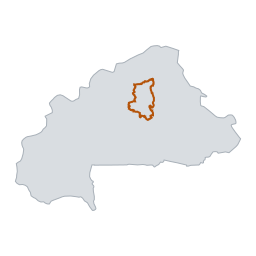 Sanmatenga, Sanmatenga, Burkina Faso shown in context
{"feature_id": "67063806B54692073140068", "entity_name": "Sanmatenga", "entity_type": "district", "adm_level": 2, "iso_a3": "BFA", "parent_name": "Burkina Faso", "parent_adm1": "Sanmatenga", "projection": "mercator", "projection_center": [-1.024, 13.246], "detail": "fine", "context": "in_parent", "style": "outline", "palette": "amber", "viewbox_px": 256, "rotation_deg": 0, "n_neighbors": 0, "source": "geoboundaries", "source_scale": "gbopen_adm2", "svg_char_len": 7542}
<svg xmlns="http://www.w3.org/2000/svg" viewBox="0 0 256 256"><path d="M198.3,165.0L190.9,165.3L188.3,166.1L186.6,166.1L186.6,165.4L186.4,165.0L177.2,162.8L170.7,161.5L164.1,160.0L163.7,161.4L162.8,162.3L161.4,162.3L160.4,162.1L159.7,163.2L158.6,164.6L157.1,165.3L155.6,166.2L154.8,166.9L154.2,166.9L152.6,165.1L150.7,165.0L146.9,165.3L145.2,164.8L142.9,164.5L137.5,164.9L128.9,164.2L127.5,164.6L127.1,164.9L118.5,165.0L109.1,165.1L101.2,165.1L94.3,165.2L94.3,164.9L92.0,164.9L91.8,165.5L89.8,172.7L89.6,176.6L90.7,179.1L91.8,180.6L93.2,181.3L93.3,182.1L92.2,183.3L92.3,184.4L93.6,185.6L93.9,186.9L93.2,188.2L93.4,191.4L94.3,196.4L94.3,199.6L93.5,201.1L93.9,203.7L95.6,207.2L95.9,208.8L95.3,209.5L93.9,210.4L92.4,210.4L90.8,208.2L90.0,207.2L88.7,205.0L87.5,202.8L86.0,201.8L84.5,200.9L82.6,198.1L80.8,196.8L79.0,197.2L76.2,196.7L70.7,196.0L64.7,196.2L62.2,196.8L59.8,197.8L53.6,200.1L51.1,201.2L49.3,204.0L47.2,203.9L45.1,203.0L43.7,201.8L40.9,202.0L38.2,200.8L35.5,198.4L33.6,197.6L31.1,195.8L30.4,192.4L28.9,190.1L27.4,186.8L25.3,185.3L22.8,184.5L19.4,184.7L17.1,183.4L15.4,181.4L15.8,179.8L16.6,177.4L16.7,175.1L17.3,171.4L16.9,166.8L16.3,163.6L18.2,162.2L20.4,161.0L21.7,158.8L23.1,153.9L23.7,149.6L23.3,148.1L22.6,146.8L22.0,145.0L21.7,142.7L22.1,140.8L23.7,139.0L25.8,137.4L27.3,136.7L31.1,136.0L36.0,134.8L38.8,133.5L40.9,132.3L42.0,131.2L43.2,129.2L45.1,127.6L46.5,125.9L46.7,121.4L46.7,118.8L45.6,117.4L45.1,116.2L52.3,112.6L52.3,110.1L51.3,107.3L49.9,105.1L49.4,103.1L51.4,100.8L53.2,99.1L54.4,97.6L57.3,95.4L60.2,94.8L62.9,95.7L70.8,100.9L72.2,101.3L73.8,100.9L75.9,99.5L78.6,98.4L79.6,94.9L79.5,89.7L80.1,87.3L81.6,86.9L86.1,87.9L87.3,88.0L88.6,87.6L89.6,86.7L89.5,85.0L89.3,83.6L90.8,78.8L93.5,75.2L99.0,70.6L100.7,69.7L102.7,69.3L112.5,72.4L114.1,71.6L116.4,63.9L119.1,63.2L122.3,63.0L124.4,62.4L125.4,61.8L130.1,58.9L138.3,54.9L142.7,53.2L143.6,52.6L146.8,49.8L151.0,46.5L153.6,45.9L157.3,45.6L159.7,46.2L160.3,47.1L161.1,47.5L165.9,46.2L172.8,48.4L178.8,50.5L178.4,51.9L178.4,54.3L177.9,58.1L177.3,62.7L179.8,65.7L182.7,68.9L183.5,70.1L182.7,73.2L183.3,75.1L184.8,78.1L187.5,82.0L190.2,86.0L192.1,86.5L193.9,86.9L195.0,87.6L196.6,88.3L198.2,88.7L199.6,89.6L200.5,90.5L201.6,92.9L204.7,94.5L206.8,96.1L206.0,97.0L203.3,96.6L200.8,95.9L200.4,97.1L200.3,101.6L200.7,105.4L201.3,105.9L203.8,106.6L209.9,111.4L215.3,116.0L217.2,117.2L220.2,117.7L223.6,117.9L225.0,117.5L228.3,115.1L230.1,114.9L231.7,115.0L232.5,115.3L234.1,117.2L235.6,120.1L236.0,122.2L235.9,123.3L235.4,123.7L232.7,124.3L231.5,124.7L231.2,125.3L231.6,126.7L232.2,127.7L235.1,131.8L239.3,137.3L240.6,138.8L239.9,140.4L237.7,144.7L236.1,146.5L229.0,152.7L225.5,151.9L218.2,153.2L217.1,151.8L215.4,151.6L213.2,151.8L212.5,152.4L212.2,153.0L211.5,153.8L210.1,156.2L209.1,156.9L207.8,157.2L206.2,157.2L205.2,157.5L205.2,158.7L204.9,159.8L203.9,160.3L203.4,161.4L203.5,162.6L202.9,163.1L201.5,162.8L200.7,162.5L199.9,164.0L198.9,165.0L198.3,165.0Z" fill="#d9dde1" stroke="#a8b0b8" stroke-width="1"/><path d="M153.0,115.3L153.0,114.8L152.9,113.8L153.0,113.6L152.9,113.1L152.9,112.7L152.8,112.4L152.7,112.1L152.4,111.7L152.0,111.3L152.1,111.0L152.0,110.9L151.9,110.7L152.0,110.5L151.9,110.5L151.6,110.5L151.4,110.5L151.1,110.4L150.8,110.0L150.7,109.9L150.7,109.5L150.3,109.0L150.1,108.3L149.5,107.3L149.5,107.0L149.4,106.4L149.4,106.2L150.2,105.6L150.4,105.6L150.5,105.7L151.2,106.5L151.5,107.0L151.8,107.4L152.1,107.5L152.3,107.5L152.6,107.4L152.9,107.0L153.1,106.7L153.3,106.4L153.5,106.0L153.7,105.4L153.7,105.1L153.5,104.4L153.0,103.5L152.9,102.9L152.9,102.6L153.1,102.1L153.3,101.7L153.8,100.9L153.9,100.7L153.9,98.9L153.9,97.8L153.9,97.6L153.5,96.9L153.4,96.8L153.2,96.1L153.2,95.8L152.8,94.7L152.5,93.9L152.6,93.5L152.5,93.1L152.0,93.1L151.9,93.0L151.7,93.0L151.6,92.8L151.6,92.5L151.6,92.2L151.6,91.8L150.8,90.0L150.8,89.9L150.9,89.5L150.9,89.3L150.6,88.7L150.5,88.1L150.6,87.9L150.8,87.6L150.8,87.4L150.6,87.0L150.6,86.9L150.7,86.6L151.0,86.4L151.3,86.3L151.5,86.1L151.7,85.8L151.9,85.8L152.0,85.7L152.3,85.4L152.7,85.4L152.8,85.4L153.0,85.5L153.1,85.2L153.1,84.9L153.3,84.4L153.5,84.0L153.6,83.9L153.3,83.4L153.4,83.2L153.5,82.7L153.6,82.4L153.6,82.1L153.4,81.8L153.3,81.3L153.1,81.1L153.1,80.8L153.1,80.7L152.9,80.5L153.0,80.1L153.1,79.7L153.0,79.4L152.9,78.9L152.7,78.8L152.4,79.1L152.2,79.1L151.9,79.0L151.7,79.0L151.4,79.0L151.2,79.2L151.1,79.4L151.0,79.8L150.8,79.8L150.7,79.6L150.2,79.5L150.0,79.8L149.8,80.0L149.7,80.0L149.4,80.1L149.2,80.1L148.8,80.4L148.7,80.5L148.6,80.8L148.5,81.0L148.3,81.0L148.2,81.2L147.9,81.2L147.6,81.2L147.5,81.3L147.4,81.3L147.2,81.4L146.7,81.6L146.2,81.5L145.8,81.3L145.4,81.2L144.8,81.2L144.7,81.3L144.6,81.6L144.5,82.2L144.3,82.3L144.2,82.4L143.9,82.3L143.5,82.4L143.2,82.3L142.9,82.5L142.4,82.8L142.3,83.0L141.9,83.7L141.6,84.0L141.3,84.1L141.1,84.1L140.9,83.8L140.8,83.7L140.7,83.7L140.4,83.8L140.2,84.0L139.8,84.1L139.1,84.2L138.8,84.1L138.4,84.1L138.1,84.1L137.7,84.3L137.2,84.2L136.0,84.5L135.4,84.7L135.1,84.6L134.2,84.4L134.2,84.6L134.2,84.9L134.2,85.1L134.4,85.2L134.9,85.9L135.3,86.3L135.5,86.7L135.5,86.8L135.1,87.3L135.2,87.5L135.2,87.8L134.6,88.3L134.4,88.5L134.3,89.0L134.1,89.6L133.6,90.2L133.7,90.4L134.2,91.2L134.3,91.6L134.6,92.0L134.4,92.3L133.7,92.4L133.6,92.5L133.0,93.0L132.9,93.1L132.9,93.3L133.1,93.7L133.2,94.1L133.6,94.6L133.8,94.8L134.1,94.9L134.1,95.0L134.3,95.1L134.6,95.3L134.6,95.6L134.7,95.8L134.9,96.2L134.9,96.4L134.9,96.5L135.0,96.6L135.1,96.8L135.4,96.9L135.7,97.3L135.7,97.5L135.2,97.8L135.2,98.0L135.1,98.3L134.7,98.7L134.7,98.8L134.7,99.1L134.5,99.3L134.4,99.5L134.7,100.0L134.8,100.6L135.0,101.1L135.1,101.4L134.6,101.4L134.4,101.2L134.1,101.1L133.6,101.1L133.0,101.4L132.5,101.8L132.3,101.9L131.8,101.9L131.6,101.9L130.8,102.2L130.3,102.3L130.1,102.4L129.9,102.4L129.7,102.5L129.4,102.7L129.2,102.7L128.9,102.8L128.9,103.0L128.9,103.3L129.0,103.5L128.8,103.8L128.6,104.1L128.5,105.0L128.9,105.3L129.4,105.5L129.6,105.8L129.7,106.3L129.7,106.6L129.5,106.8L129.4,106.9L129.3,106.7L129.2,106.6L129.1,106.8L129.0,106.7L128.6,106.7L128.5,106.8L128.5,107.2L128.9,107.7L129.0,107.8L129.0,108.1L129.0,108.5L128.9,108.8L129.1,108.9L130.0,109.1L130.3,109.5L130.4,109.8L130.5,110.0L131.0,110.0L131.8,109.9L131.9,110.0L132.1,110.3L132.6,110.0L132.7,109.9L132.8,109.9L133.0,109.9L133.2,110.1L133.3,110.1L133.7,110.2L133.9,110.3L133.9,110.8L133.7,111.0L133.6,111.4L133.8,111.4L134.0,111.5L134.5,111.3L135.3,111.6L135.8,111.8L136.3,111.8L136.9,111.7L137.4,111.7L137.8,111.9L138.3,112.2L138.8,112.4L139.3,112.7L139.8,112.9L139.8,113.0L139.8,113.4L139.7,113.6L139.9,114.1L139.9,114.4L139.8,114.5L139.9,114.8L139.7,115.0L139.7,115.3L139.8,115.3L139.8,115.6L140.0,115.8L140.3,115.7L140.6,115.7L140.7,115.9L140.6,116.1L140.2,116.5L139.9,116.7L139.8,116.8L139.9,117.0L140.0,117.0L140.3,117.3L140.5,117.3L140.6,117.2L140.8,116.9L140.7,116.7L140.8,116.5L141.0,116.2L141.0,115.7L141.5,115.6L142.1,115.8L142.7,115.9L142.9,116.0L143.3,116.0L143.7,116.1L143.9,116.1L144.1,116.1L144.3,116.0L144.4,116.3L144.8,116.7L145.2,116.6L145.2,116.9L145.2,117.0L144.9,117.3L145.2,117.4L145.4,117.3L145.5,117.4L145.7,117.9L145.9,118.2L146.2,118.4L146.4,118.7L146.5,118.9L146.5,119.2L146.7,119.3L147.1,119.4L147.8,119.9L148.4,119.7L148.6,119.6L148.7,119.3L148.8,119.1L149.2,119.0L149.7,118.9L150.0,118.8L150.4,118.5L150.3,118.3L150.5,118.1L150.9,118.1L151.5,117.7L151.4,117.6L151.0,116.8L150.9,116.7L150.7,116.6L150.6,116.4L150.5,116.2L150.4,115.9L150.5,115.8L150.7,115.7L151.0,115.6L151.2,115.4L151.6,115.2L151.8,115.2L152.2,115.3L152.4,115.2L152.5,115.2L153.0,115.3Z" fill="none" stroke="#b45309" stroke-width="2"/></svg>